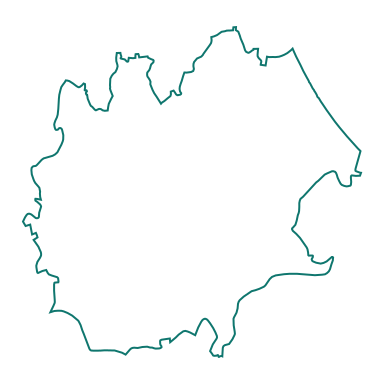 the district of Dien Ban, Quàng Nam, Vietnam
{"feature_id": "81297802B70720207353538", "entity_name": "Dien Ban", "entity_type": "district", "adm_level": 2, "iso_a3": "VNM", "parent_name": "Vietnam", "parent_adm1": "Quàng Nam", "projection": "equal_earth", "projection_center": [108.219, 15.904], "detail": "fine", "context": "isolated", "style": "outline", "palette": "teal", "viewbox_px": 384, "rotation_deg": 0, "n_neighbors": 0, "source": "geoboundaries", "source_scale": "gbopen_adm2", "svg_char_len": 5785}
<svg xmlns="http://www.w3.org/2000/svg" viewBox="0 0 384 384"><path d="M50.4,312.2L54.3,311.0L58.1,310.7L61.4,310.8L63.7,311.4L67.6,313.0L72.2,315.6L78.3,320.7L79.2,322.3L80.6,325.1L82.3,330.3L83.7,333.7L89.3,348.5L89.9,349.6L90.9,350.4L91.9,350.6L95.2,350.7L100.5,350.6L104.7,350.3L114.7,350.5L122.0,352.7L125.6,354.6L130.1,349.4L131.3,348.4L132.6,347.9L134.2,347.7L137.7,348.0L142.4,347.0L147.2,346.7L150.0,347.5L152.2,347.6L154.2,348.3L155.7,348.6L158.2,348.5L159.5,348.4L160.6,348.0L161.5,347.3L161.5,346.8L161.4,346.2L160.7,345.3L160.2,344.0L160.1,341.1L160.4,340.3L161.7,339.7L169.8,338.5L170.2,342.2L175.8,337.5L178.7,334.6L183.3,331.3L185.3,330.9L187.6,331.5L190.1,332.5L195.2,335.2L198.2,327.5L201.2,321.8L202.5,320.0L203.6,319.2L204.6,318.8L205.5,318.8L206.7,319.3L207.9,320.4L210.1,323.3L213.2,328.1L215.4,332.4L216.9,336.0L217.0,337.5L216.6,338.6L212.8,344.4L210.1,351.1L212.3,354.1L213.0,355.3L213.3,355.6L214.4,355.8L216.4,355.7L217.5,355.1L217.9,355.1L218.7,356.9L219.1,356.9L219.9,356.3L221.2,356.0L221.9,356.1L222.3,356.3L222.8,347.9L223.3,346.4L223.9,345.8L225.0,345.1L229.1,344.0L232.4,339.3L234.4,335.3L234.9,333.9L234.7,331.7L233.7,325.3L233.5,318.8L234.0,317.4L236.5,312.7L237.6,308.4L238.0,303.8L238.7,301.7L239.7,300.2L243.7,296.6L251.6,291.2L255.4,290.2L259.4,288.8L263.9,286.7L265.4,285.4L269.7,279.1L272.0,276.9L275.7,275.4L284.1,274.2L289.5,273.8L297.0,273.8L314.9,275.2L322.1,274.7L325.0,274.3L327.0,273.1L328.8,271.4L330.0,269.2L331.4,264.4L332.8,260.5L333.1,257.5L332.6,257.0L331.8,257.0L326.7,261.4L323.6,262.9L320.7,263.6L316.1,262.7L313.2,261.5L312.3,260.9L311.7,259.5L311.9,258.6L312.7,257.5L312.9,256.5L312.8,255.7L312.3,255.5L308.7,255.6L308.3,255.2L308.1,252.5L307.5,249.3L306.7,247.5L300.0,237.9L296.3,233.9L292.8,230.8L292.0,229.1L292.1,228.4L293.1,227.4L295.4,224.8L296.7,220.6L297.8,215.3L298.7,212.9L299.1,211.0L299.3,206.8L299.3,203.0L299.8,200.6L300.5,198.9L303.1,196.7L316.2,182.4L318.3,180.8L324.7,174.6L327.1,173.4L331.9,171.3L333.2,171.2L335.1,171.8L336.0,172.9L336.8,174.8L337.6,177.6L339.1,180.9L340.6,183.7L341.8,184.9L344.2,185.9L346.5,186.4L348.1,186.2L350.4,185.6L350.9,184.8L351.2,181.9L350.9,178.1L350.9,176.8L351.2,175.8L351.8,175.4L355.9,175.9L360.0,175.7L361.0,172.8L360.1,172.7L356.0,171.2L355.5,170.8L355.4,170.4L355.4,169.8L355.6,168.5L360.5,151.1L357.7,148.3L347.1,136.5L339.4,127.3L334.9,121.6L326.7,110.2L322.2,103.5L321.0,101.8L318.8,98.1L317.6,97.1L317.2,96.3L316.7,94.8L315.1,92.0L314.5,91.3L314.0,90.1L312.7,88.4L310.0,83.2L309.1,82.2L308.8,81.1L307.9,79.4L307.2,78.2L303.3,71.0L300.5,65.1L296.1,56.5L293.5,50.7L292.6,48.6L290.9,50.3L287.3,53.1L284.4,54.7L281.8,55.8L279.1,56.7L275.4,57.1L272.9,57.0L269.3,57.1L267.0,56.7L265.6,65.5L260.7,64.8L260.7,64.3L261.0,63.1L261.3,61.7L261.2,60.9L260.7,60.1L258.8,58.2L258.2,57.3L257.6,56.1L257.6,54.2L258.1,48.8L253.5,48.9L253.4,49.8L252.1,50.5L250.6,51.7L248.9,52.7L248.3,52.8L247.3,52.4L246.1,51.8L245.1,50.3L243.3,44.6L240.7,38.6L239.8,35.6L238.3,31.7L235.8,30.1L236.0,27.1L233.4,27.3L233.0,30.3L229.9,30.5L226.8,30.6L225.0,31.2L221.6,31.8L217.0,35.1L213.9,36.4L211.3,37.1L211.6,40.2L211.4,41.8L211.0,43.2L209.7,45.2L203.4,53.9L202.9,54.9L201.3,56.6L197.0,58.5L194.1,62.0L193.5,63.9L193.4,66.1L193.9,69.0L193.2,71.0L191.1,72.0L186.7,72.6L184.4,72.5L183.2,75.9L181.7,81.0L180.6,84.0L179.8,86.7L179.6,88.7L179.7,89.9L180.1,91.6L181.2,93.2L181.0,94.1L180.4,94.6L178.3,95.1L177.3,95.2L176.1,94.4L174.9,92.4L173.6,90.6L170.8,91.6L170.9,94.5L170.4,96.1L167.7,98.2L164.4,101.0L161.9,102.6L161.0,103.7L156.6,96.7L154.2,93.2L152.5,89.8L150.3,84.3L150.5,81.7L149.7,79.8L148.4,77.8L147.5,76.6L147.2,75.6L147.1,74.0L147.3,72.5L149.2,70.2L150.0,68.4L150.7,65.8L151.2,64.4L152.7,63.0L153.5,62.0L153.6,60.5L153.1,59.9L151.0,59.1L148.1,57.7L147.6,56.4L139.2,57.4L138.6,54.6L138.3,54.0L136.2,54.1L135.6,54.2L135.4,55.8L135.4,57.9L133.0,58.2L128.8,57.8L128.2,61.4L127.6,61.7L126.8,61.5L124.7,59.4L121.0,58.6L120.6,58.1L121.2,57.2L121.3,56.4L120.6,54.3L120.4,52.9L116.8,53.0L116.2,57.8L116.3,61.1L117.4,64.9L117.6,66.4L116.9,69.0L115.4,72.1L113.4,73.7L111.8,75.7L110.3,78.7L110.0,85.2L110.2,87.1L110.0,88.6L110.5,90.4L112.7,96.0L111.2,98.8L108.8,103.8L108.2,106.9L107.7,110.5L104.8,110.8L102.6,110.3L101.1,109.2L99.8,108.9L98.8,109.0L95.9,110.3L94.8,109.7L92.3,106.9L90.8,105.8L90.0,104.3L87.7,98.7L87.1,94.8L86.6,94.8L86.0,93.8L85.9,93.1L86.0,92.6L86.9,91.4L86.8,90.9L86.6,90.5L86.4,90.3L85.2,90.5L84.7,90.1L85.1,87.2L85.0,84.1L83.6,83.5L81.9,85.4L79.6,87.1L78.4,87.2L76.6,86.2L72.9,83.4L69.3,81.1L67.5,80.6L65.8,80.4L64.8,82.2L62.9,84.7L61.3,87.1L60.5,89.8L59.3,94.8L58.9,98.7L58.3,108.9L57.7,114.6L56.9,117.4L55.4,120.5L54.5,123.1L54.2,124.7L54.7,127.4L55.4,129.3L55.9,129.8L56.8,129.9L57.9,129.6L59.0,128.3L59.9,128.0L60.6,128.1L61.5,128.7L62.1,129.9L63.3,135.1L63.2,139.4L62.7,141.4L61.4,144.6L57.4,152.3L55.1,154.4L52.6,155.8L43.6,158.4L41.7,159.8L37.0,164.9L36.1,165.7L35.3,166.0L33.6,166.2L32.7,166.6L31.6,168.0L31.4,170.2L31.8,174.4L33.2,178.5L34.1,180.9L35.3,183.0L38.6,186.8L39.4,187.9L40.1,191.6L39.9,193.7L40.2,197.1L40.9,199.7L37.0,198.9L35.4,198.8L35.3,199.0L35.3,200.2L35.6,200.8L36.9,201.6L40.2,204.5L40.9,205.8L41.1,206.6L40.7,207.9L39.2,212.7L38.9,216.8L38.6,217.5L38.0,218.0L37.2,218.2L36.5,218.2L35.7,218.0L31.4,214.5L29.7,213.8L28.9,213.7L27.6,214.0L26.5,215.1L25.0,217.4L23.0,221.6L25.6,226.0L30.2,224.6L32.1,234.5L35.9,232.9L36.9,235.3L37.5,237.4L33.6,239.9L38.4,246.7L40.8,252.1L41.0,253.0L41.1,253.8L41.1,255.1L40.9,255.9L40.0,257.8L37.4,261.9L36.7,264.2L36.3,265.7L36.4,267.3L37.1,271.7L37.4,272.6L38.0,273.0L42.4,271.0L46.2,270.0L47.7,272.9L48.9,274.4L51.7,275.5L57.2,277.2L58.1,278.2L58.5,281.5L58.3,282.3L54.8,282.6L54.4,282.9L54.1,284.5L54.1,290.8L54.7,299.6L54.8,302.0L54.6,303.1L53.4,305.9L50.4,312.2Z" fill="none" stroke="#0f766e" stroke-width="2"/></svg>